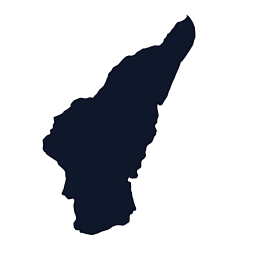 Nga, Oudômxai, Laos, rotated 167°
{"feature_id": "54806243B37529885966132", "entity_name": "Nga", "entity_type": "district", "adm_level": 2, "iso_a3": "LAO", "parent_name": "Laos", "parent_adm1": "Oudômxai", "projection": "albers", "projection_center": [101.853, 20.179], "detail": "fine", "context": "isolated", "style": "filled", "palette": "ink", "viewbox_px": 256, "rotation_deg": 167, "n_neighbors": 0, "source": "geoboundaries", "source_scale": "gbopen_adm2", "svg_char_len": 5760}
<svg xmlns="http://www.w3.org/2000/svg" viewBox="0 0 256 256"><g transform="rotate(167 128 128)"><path d="M89.8,143.6L87.1,146.7L85.5,148.1L83.4,150.1L82.8,150.9L81.9,152.5L80.6,154.7L80.1,155.5L79.4,156.2L78.3,157.7L77.5,159.2L76.2,161.1L74.6,163.4L73.3,164.9L72.8,165.6L71.5,167.2L70.5,168.8L69.3,170.5L65.7,175.2L64.9,176.3L63.3,179.0L62.0,181.1L60.7,181.4L58.4,183.4L57.5,184.0L55.6,185.8L55.0,186.4L54.2,187.1L53.1,188.3L51.9,189.3L50.0,191.2L48.3,193.0L47.1,194.1L46.4,195.1L45.6,196.5L44.3,199.1L42.8,201.3L42.4,202.6L41.8,205.0L41.0,211.1L41.1,212.3L41.4,213.5L41.5,215.4L43.1,220.3L44.4,222.9L44.9,223.5L45.0,222.8L45.2,222.4L45.4,222.2L46.6,221.5L47.3,221.0L47.6,220.8L48.0,220.5L48.8,220.2L50.2,219.7L51.6,219.4L53.8,219.2L55.2,219.3L55.7,219.2L56.6,218.7L57.5,218.0L58.6,217.0L59.5,216.0L60.9,214.7L61.6,214.2L62.1,214.0L63.0,213.4L63.5,212.6L63.9,212.4L65.0,211.3L65.4,211.1L65.8,211.0L66.4,210.5L68.0,210.1L68.4,209.4L69.3,208.2L69.7,207.8L70.3,207.2L70.9,206.9L71.3,206.4L72.2,206.2L72.7,205.5L73.2,204.2L74.4,202.8L74.8,202.5L75.7,202.2L77.4,201.1L78.5,200.7L79.3,200.5L79.6,200.6L80.3,200.9L81.1,201.0L82.0,201.4L83.7,201.8L85.1,201.7L86.2,201.4L86.8,201.6L87.8,201.5L88.9,201.2L89.8,201.2L91.4,201.1L92.0,201.2L92.9,201.0L94.4,201.1L94.7,201.2L95.4,201.3L96.1,201.2L97.0,200.9L98.6,200.2L99.0,200.1L99.6,200.0L101.7,199.3L102.4,199.0L103.1,198.5L104.0,197.7L104.7,197.4L105.2,197.3L106.0,197.1L108.3,196.9L108.5,196.9L110.9,197.7L111.3,197.7L111.6,197.7L112.2,197.6L112.7,197.6L113.4,197.5L114.2,197.2L116.6,195.9L117.5,195.3L117.7,195.1L118.8,194.4L119.7,193.8L120.0,193.5L120.9,192.9L122.0,192.0L122.7,191.6L123.2,191.3L124.7,190.8L125.3,190.7L127.4,190.1L128.4,189.7L129.0,189.3L130.0,188.2L130.3,187.5L130.5,187.4L131.0,187.1L131.4,186.8L131.7,186.7L131.9,186.4L132.5,186.0L133.4,185.6L134.0,185.1L134.3,184.8L134.7,184.3L134.9,183.7L135.3,182.8L135.4,182.6L135.9,181.6L137.1,180.3L137.7,179.3L138.3,178.2L138.5,177.9L140.5,175.6L140.9,175.0L141.4,174.4L142.0,173.9L146.6,171.2L147.2,170.8L150.1,168.0L150.9,167.4L153.0,166.3L153.8,165.5L153.9,165.1L154.2,164.9L155.7,164.7L156.3,164.8L157.2,165.2L157.5,165.5L158.5,165.8L159.2,165.8L161.1,165.5L161.8,165.5L162.4,165.5L164.4,166.2L165.8,166.8L167.5,167.4L168.3,167.4L168.9,167.4L169.9,167.1L173.5,166.6L174.1,166.4L175.0,165.7L176.1,165.1L177.7,163.8L178.2,162.8L178.6,161.4L178.9,161.0L179.3,160.7L180.3,160.4L181.2,160.0L182.5,159.3L183.4,159.0L185.2,158.5L186.1,158.2L186.5,157.9L187.2,157.2L188.2,156.6L189.0,156.3L190.6,155.8L192.4,155.4L197.5,154.6L197.6,154.4L197.6,152.8L197.7,150.9L198.0,149.8L198.5,149.0L199.7,147.7L200.1,146.7L200.4,145.2L200.6,144.6L200.9,144.2L201.9,143.8L203.7,143.2L203.9,142.8L203.9,140.7L204.1,140.1L204.6,139.4L205.4,138.9L206.3,138.6L207.8,138.5L208.3,138.3L209.2,138.0L210.2,137.4L211.1,136.5L211.9,136.1L212.9,135.5L213.2,135.1L213.4,134.4L213.4,133.0L213.6,132.4L213.7,131.5L213.7,130.8L214.1,129.5L215.0,127.2L215.0,126.3L214.7,124.9L214.3,124.0L213.3,123.1L213.1,122.5L213.0,121.6L212.9,121.3L210.1,118.1L204.3,112.1L204.0,111.6L203.8,111.0L203.7,109.3L203.6,108.6L202.7,106.8L202.1,106.5L201.2,104.8L200.2,103.5L198.9,101.3L198.4,99.4L198.6,97.2L198.9,96.5L199.1,94.4L199.1,92.6L199.4,91.8L201.2,88.1L203.1,84.6L203.6,83.3L204.3,82.2L204.8,81.6L206.7,78.9L206.8,78.6L206.6,78.3L206.0,77.8L203.9,76.6L203.7,76.2L203.5,75.2L202.9,74.3L202.4,73.2L201.8,72.6L201.4,72.5L199.3,72.4L198.0,72.5L197.4,72.5L196.9,72.2L196.5,71.7L196.1,71.1L195.8,70.4L195.8,69.6L196.2,68.3L196.8,66.8L197.7,65.1L198.0,64.0L198.5,58.1L198.4,57.1L198.1,55.8L197.9,53.7L198.0,52.2L198.4,50.7L198.8,50.0L201.4,47.8L201.8,47.2L202.0,46.4L202.2,45.6L202.4,43.3L201.5,41.1L200.4,40.5L199.0,40.3L197.7,39.9L197.6,37.4L195.5,36.6L192.2,34.8L191.8,34.4L191.5,34.5L191.1,34.4L189.1,33.3L186.4,32.5L185.0,32.5L183.1,32.8L180.9,32.8L178.0,33.6L170.0,34.2L167.3,35.2L165.3,36.1L162.8,36.4L160.5,36.5L157.7,35.9L155.4,34.9L153.6,34.8L148.7,36.5L148.1,37.6L147.7,38.5L147.1,41.7L146.7,42.3L146.3,43.1L145.9,43.5L145.8,43.8L146.1,44.1L146.1,44.4L145.8,45.1L145.2,45.1L144.6,44.5L144.3,43.9L144.0,43.8L143.8,43.9L143.6,44.1L143.2,44.9L142.7,45.0L142.8,45.9L142.8,46.0L142.6,46.1L142.1,46.3L141.9,46.4L142.0,46.7L142.2,47.1L142.0,47.3L141.7,47.1L141.1,46.8L140.6,46.8L140.1,46.6L139.5,46.6L139.1,47.4L139.2,47.7L139.2,48.0L138.9,47.9L138.9,48.0L138.9,48.9L139.5,51.6L139.5,53.6L139.7,55.5L139.6,57.2L139.8,59.4L139.8,61.2L139.4,64.5L139.7,65.6L139.7,66.5L139.5,67.7L139.5,68.8L139.1,69.1L139.0,69.4L138.8,70.4L138.7,71.2L138.2,74.0L138.3,74.2L139.1,74.8L139.6,75.0L140.8,75.8L140.6,77.6L140.3,78.8L140.0,79.2L139.5,79.3L139.3,79.4L139.0,80.0L138.5,80.2L138.1,80.4L137.4,80.3L136.9,80.1L136.7,79.8L136.6,79.4L136.4,79.1L135.4,78.7L134.7,78.4L133.6,78.3L131.4,77.9L130.7,78.2L130.1,78.9L129.5,79.8L129.5,80.5L129.9,81.3L130.0,82.2L129.9,83.6L129.5,84.8L128.2,85.8L125.0,87.0L124.3,88.0L124.0,89.5L123.7,91.2L123.0,92.9L122.0,93.9L119.4,95.3L118.2,96.1L117.4,97.3L117.3,99.7L116.9,101.5L116.1,102.5L115.5,103.8L115.2,105.1L114.4,106.1L113.5,107.1L112.7,107.6L109.6,108.7L108.7,109.1L107.3,110.4L106.9,111.2L106.2,112.0L106.0,112.6L105.9,113.2L105.7,113.4L105.2,113.5L105.0,113.8L105.0,114.3L105.0,114.5L104.8,114.5L104.1,114.6L102.8,115.8L102.5,116.4L102.4,117.3L102.4,117.6L102.0,118.0L101.4,118.4L101.2,118.6L101.2,118.9L101.5,119.3L101.5,119.6L101.5,120.6L101.9,121.5L102.0,122.6L101.9,124.4L101.7,125.0L101.2,125.6L99.4,126.7L98.8,127.4L98.6,128.7L98.3,129.8L97.7,130.8L96.4,132.5L96.0,133.5L95.8,137.5L95.7,139.8L95.7,140.7L95.4,142.2L95.1,143.4L94.5,144.6L93.8,145.5L93.5,145.5L92.8,146.0L92.6,146.0L92.5,145.9L92.3,145.4L92.5,144.4L92.4,144.3L92.0,144.1L91.5,144.2L91.8,143.7L91.6,143.4L90.9,143.4L90.2,143.7L89.8,143.6Z" fill="#0f172a" stroke="#020617" stroke-width="1.5"/></g></svg>